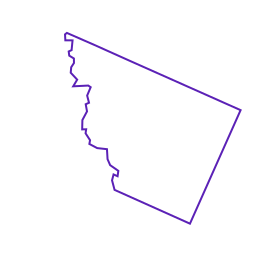 outline of Loving, Texas, United States of America, rotated 24°
{"feature_id": "52423323B28459712837049", "entity_name": "Loving", "entity_type": "district", "adm_level": 2, "iso_a3": "USA", "parent_name": "United States of America", "parent_adm1": "Texas", "projection": "natural_earth1", "projection_center": [-103.775, 31.826], "detail": "fine", "context": "isolated", "style": "outline", "palette": "violet", "viewbox_px": 256, "rotation_deg": 24, "n_neighbors": 0, "source": "geoboundaries", "source_scale": "gbopen_adm2", "svg_char_len": 604}
<svg xmlns="http://www.w3.org/2000/svg" viewBox="0 0 256 256"><g transform="rotate(24 128 128)"><path d="M223.6,65.9L108.3,65.9L100.9,65.9L63.9,65.8L33.5,66.0L32.4,68.1L35.1,73.4L41.7,70.5L44.8,79.8L42.7,82.2L44.9,85.8L50.3,86.5L52.2,90.6L51.4,95.6L53.2,100.8L61.9,104.5L61.0,112.2L74.4,105.4L77.3,105.9L77.5,115.0L82.1,120.8L79.7,123.5L83.8,129.5L83.1,139.3L86.7,147.9L90.3,146.2L91.4,150.1L98.3,154.6L99.2,158.3L108.0,158.9L117.4,155.9L122.0,164.8L126.8,169.2L136.6,171.1L138.1,176.3L133.7,176.3L134.7,182.3L140.9,190.0L223.5,190.2L223.6,65.9Z" fill="none" stroke="#5b21b6" stroke-width="2"/></g></svg>